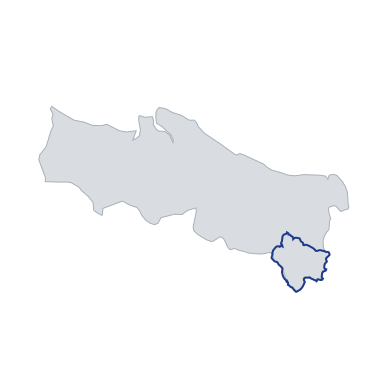 Bragança highlighted on a map of Portugal, rotated 102°
{"feature_id": "PRT-750", "entity_name": "Bragança", "entity_type": "District", "adm_level": 1, "iso_a3": "PRT", "parent_name": "Portugal", "parent_adm1": "", "projection": "equal_earth", "projection_center": [-6.92, 41.518], "detail": "fine", "context": "in_parent", "style": "outline", "palette": "blue", "viewbox_px": 384, "rotation_deg": 102, "n_neighbors": 0, "source": "natural_earth", "source_scale": "10m", "svg_char_len": 4425}
<svg xmlns="http://www.w3.org/2000/svg" viewBox="0 0 384 384"><g transform="rotate(102 192 192)"><path d="M150.4,47.2L154.8,43.1L159.0,40.5L161.4,39.5L171.3,36.8L173.9,35.4L176.3,35.7L176.7,37.0L178.1,39.5L179.6,41.3L180.0,42.6L176.2,48.0L175.7,49.9L177.6,53.4L178.0,54.4L178.9,54.9L181.6,54.7L186.3,52.5L189.6,50.6L190.7,51.4L200.0,50.3L202.2,51.2L203.6,52.1L208.2,53.4L213.2,53.6L219.4,51.7L222.1,49.9L222.6,47.9L222.7,46.3L223.5,45.3L224.9,44.8L227.1,45.8L230.3,46.6L237.8,46.9L239.3,45.8L241.8,46.1L245.2,47.5L249.1,47.1L251.1,48.8L251.9,51.2L252.1,56.2L251.9,61.3L252.6,63.2L255.3,63.7L259.5,63.7L263.4,65.1L266.3,67.5L267.3,70.0L267.8,71.7L266.3,72.6L264.2,76.3L259.0,81.1L251.6,85.4L245.9,90.7L242.0,97.2L237.0,99.9L235.5,101.4L234.9,103.1L238.2,111.0L239.2,117.1L240.0,124.6L239.5,126.7L239.2,134.9L238.5,137.3L238.7,139.3L239.9,141.4L240.4,143.4L238.1,146.0L234.0,148.9L230.9,151.6L230.1,154.0L230.3,155.6L235.5,160.8L236.4,162.9L235.7,168.1L232.8,176.5L229.9,181.6L229.4,182.2L226.2,183.6L210.6,183.7L206.8,184.8L207.3,185.9L210.9,192.5L214.8,196.0L216.0,196.8L217.4,204.6L223.6,217.0L229.6,218.7L231.7,221.8L231.3,226.2L229.5,231.0L225.7,235.9L221.3,239.4L218.5,242.8L218.2,246.8L217.3,251.9L215.9,255.9L215.6,258.6L226.6,275.7L232.8,274.9L233.6,275.3L232.5,279.3L230.5,284.1L228.2,285.0L222.9,286.5L217.9,292.6L213.8,300.1L210.7,303.7L207.9,312.5L208.3,316.4L209.6,322.3L212.4,337.7L208.3,338.4L192.2,348.6L187.3,348.6L178.0,344.1L161.6,342.7L156.3,341.4L149.6,344.3L144.5,344.2L140.3,347.9L137.4,346.9L140.9,338.6L146.3,322.1L146.1,312.1L147.5,303.4L146.1,294.8L143.5,289.4L147.2,275.5L146.9,268.4L143.7,259.3L153.6,260.7L150.6,257.1L147.6,254.9L144.6,255.4L142.1,255.3L133.6,258.8L129.4,259.8L128.2,259.2L128.7,253.6L126.6,246.4L130.0,244.5L133.9,243.9L137.3,240.8L139.4,237.4L138.4,231.2L141.3,225.4L148.2,220.5L144.7,221.3L140.6,224.3L134.1,235.4L132.0,241.1L126.5,242.9L121.6,243.8L119.1,243.3L116.2,241.8L116.0,237.6L116.2,234.3L118.3,227.7L119.2,218.4L122.2,210.1L122.0,207.9L121.2,204.6L123.8,201.4L127.0,199.2L131.9,192.1L138.7,175.2L146.6,157.2L146.0,155.0L144.4,153.3L145.1,148.5L149.9,127.5L151.8,124.8L154.0,118.6L154.6,108.7L155.5,101.9L155.3,98.5L154.7,94.4L151.8,86.5L148.9,70.0L148.7,64.5L151.3,61.7L147.1,61.3L145.3,57.7L145.7,53.7L150.4,47.2Z" fill="#d9dde1" stroke="#a8b0b8" stroke-width="1"/><path d="M255.4,85.4L254.8,85.9L252.1,87.1L251.7,87.4L248.7,87.4L247.9,87.6L247.3,88.1L245.7,90.6L245.4,91.5L245.1,92.0L243.5,93.3L242.9,94.1L242.7,94.5L242.8,96.0L242.5,97.1L240.6,99.8L240.0,100.4L238.8,100.5L235.9,100.3L235.0,100.8L234.9,100.8L234.2,100.6L232.2,100.5L228.2,98.4L227.7,97.8L227.3,97.0L227.1,96.2L227.2,95.7L227.4,95.1L227.4,94.7L226.9,94.5L226.6,94.4L226.3,94.3L226.1,94.0L225.8,93.8L226.1,93.4L226.5,92.1L226.0,92.3L224.2,93.5L223.8,94.2L222.9,94.2L221.4,93.8L217.8,94.1L216.7,94.2L215.1,93.7L214.5,93.1L213.2,91.2L212.5,90.7L211.8,90.7L212.1,89.9L212.2,89.6L212.3,89.2L212.8,89.0L213.4,88.9L213.6,88.8L213.5,88.5L213.5,88.1L213.5,87.6L213.7,86.8L214.1,86.3L214.6,85.8L214.7,85.5L214.6,85.2L214.7,84.5L215.5,83.7L217.1,83.2L216.0,82.5L215.6,82.1L215.3,81.3L215.0,80.0L215.0,77.1L216.5,76.0L217.0,75.8L217.3,75.6L217.7,75.0L218.1,74.1L218.6,73.1L219.1,72.6L219.5,72.4L219.9,72.4L220.3,72.3L220.7,72.1L220.8,71.8L220.8,71.4L220.6,71.0L220.3,70.6L220.1,70.2L220.0,69.7L219.9,68.9L220.1,67.3L221.6,62.3L222.7,60.0L223.1,59.6L223.4,59.4L223.6,59.1L223.8,58.8L223.7,57.9L223.7,57.4L222.9,56.3L222.5,55.2L222.3,54.6L222.2,53.6L222.3,52.4L222.4,51.7L222.2,50.6L222.1,50.3L222.6,49.5L222.7,48.6L222.4,46.6L222.5,45.8L222.9,45.5L223.6,44.9L224.4,44.5L225.0,44.4L226.5,45.3L227.9,46.5L229.3,47.1L230.9,46.4L232.0,45.6L232.4,45.8L233.1,46.2L234.2,47.0L235.5,47.3L238.3,47.0L239.4,46.4L239.7,44.6L241.1,44.8L242.7,47.4L244.1,47.8L247.4,47.6L248.9,47.2L249.5,45.9L250.6,46.3L251.2,47.1L251.4,48.1L251.1,50.6L251.4,51.1L252.2,51.2L253.4,51.6L252.9,52.7L251.8,57.6L251.6,58.1L251.3,58.6L251.0,59.2L251.1,59.7L251.5,60.2L251.7,60.8L251.8,61.9L252.0,63.1L252.7,64.1L253.9,64.5L254.4,64.4L255.1,64.1L255.7,63.6L256.0,63.3L256.4,63.0L257.0,63.0L260.7,63.8L262.9,64.6L265.0,65.9L266.9,67.9L267.6,68.8L268.0,69.4L265.9,72.5L264.7,73.8L264.4,74.4L264.4,74.8L264.6,75.2L264.5,75.6L262.8,78.4L262.8,78.9L261.4,79.0L260.7,79.3L260.1,79.8L260.3,79.8L260.3,80.1L260.3,80.6L260.1,80.9L260.0,81.0L259.4,80.9L259.2,80.9L257.8,83.3L256.3,84.8L255.4,85.4Z" fill="none" stroke="#1e3a8a" stroke-width="2"/></g></svg>